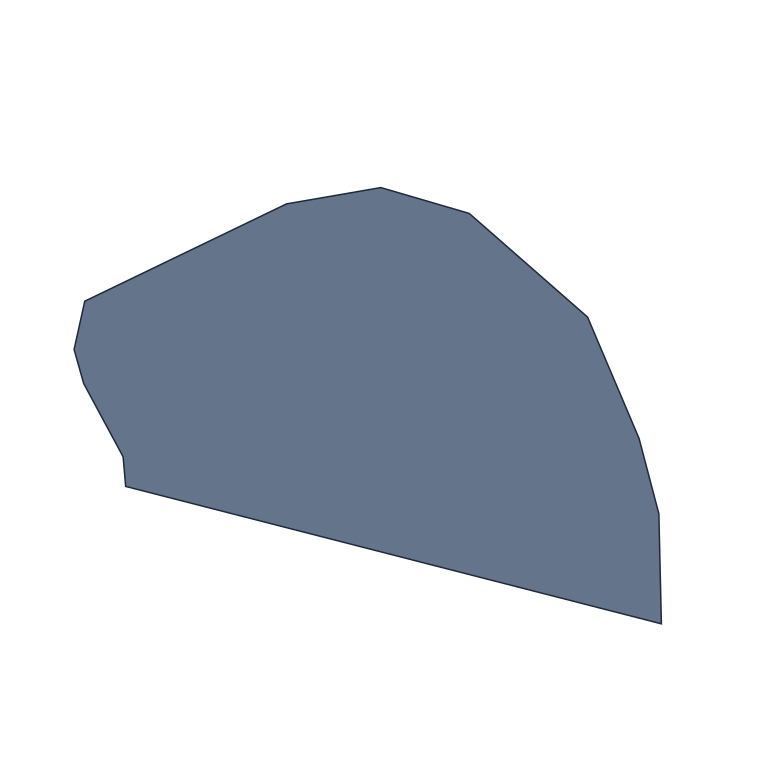 SVG path tracing the border of Muta, rotated 189°
{"feature_id": "SVN-974", "entity_name": "Muta", "entity_type": "Municipality", "adm_level": 1, "iso_a3": "SVN", "parent_name": "Slovenia", "parent_adm1": "", "projection": "natural_earth1", "projection_center": [15.136, 46.624], "detail": "fine", "context": "isolated", "style": "filled", "palette": "slate", "viewbox_px": 768, "rotation_deg": 189, "n_neighbors": 0, "source": "natural_earth", "source_scale": "10m", "svg_char_len": 337}
<svg xmlns="http://www.w3.org/2000/svg" viewBox="0 0 768 768"><g transform="rotate(189 384 384)"><path d="M198.5,202.4L623.1,242.4L630.3,271.3L680.7,337.5L695.5,369.6L692.5,419.0L508.4,546.7L417.9,577.5L326.5,565.8L193.4,481.9L123.6,370.2L92.2,298.8L72.5,190.5L198.5,202.4Z" fill="#64748b" stroke="#1e293b" stroke-width="1.5"/></g></svg>